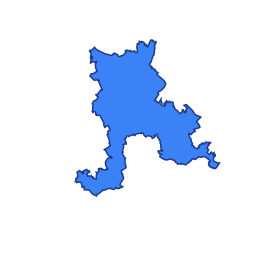 outline of Ashbourne Lea-6, Meath, Ireland, rotated 53°
{"feature_id": "5873133B77849268115801", "entity_name": "Ashbourne Lea-6", "entity_type": "district", "adm_level": 2, "iso_a3": "IRL", "parent_name": "Ireland", "parent_adm1": "Meath", "projection": "albers", "projection_center": [-6.417, 53.558], "detail": "fine", "context": "isolated", "style": "filled", "palette": "blue", "viewbox_px": 256, "rotation_deg": 53, "n_neighbors": 0, "source": "geoboundaries", "source_scale": "gbopen_adm2", "svg_char_len": 5827}
<svg xmlns="http://www.w3.org/2000/svg" viewBox="0 0 256 256"><g transform="rotate(53 128 128)"><path d="M139.1,202.3L139.8,201.4L140.9,201.7L141.0,201.0L142.8,198.4L144.6,198.7L147.7,200.3L148.1,198.5L151.1,200.1L152.2,198.5L154.5,196.3L158.9,196.2L163.3,194.2L162.7,193.5L162.9,192.8L162.4,192.0L162.8,191.3L162.8,188.8L162.5,187.2L162.9,185.6L162.6,185.5L163.3,183.6L163.8,183.5L164.2,181.2L165.8,177.8L166.8,177.8L168.6,176.3L168.6,175.0L168.1,173.8L169.1,173.6L171.0,171.5L170.9,170.2L171.6,169.0L171.8,167.6L169.0,168.7L168.0,168.1L165.6,161.8L161.3,160.0L160.9,160.0L160.9,160.5L158.1,159.1L158.5,153.9L158.1,153.1L152.7,150.6L151.7,149.4L150.6,148.9L150.5,148.2L147.0,148.4L143.8,147.2L144.2,146.5L142.7,145.8L140.2,142.5L138.3,142.0L138.9,140.1L138.6,139.8L139.8,139.2L139.0,138.5L134.9,137.1L134.9,135.6L134.4,135.4L133.8,133.5L134.3,132.8L135.2,132.5L136.0,128.0L136.4,128.1L136.3,127.5L137.5,127.7L138.2,126.8L137.7,126.1L138.1,123.6L139.7,121.6L139.9,120.4L140.4,120.4L140.3,120.2L140.7,119.5L141.4,119.0L144.0,119.6L145.8,119.0L146.1,118.7L145.8,118.0L146.1,116.8L148.6,114.6L151.0,114.8L150.9,113.7L151.4,112.5L150.8,111.8L150.9,111.2L150.1,111.4L150.3,111.0L150.0,110.7L150.4,108.5L153.5,110.1L154.5,109.8L156.5,110.3L157.6,109.8L159.0,111.3L160.5,111.6L164.8,114.3L166.9,113.9L166.7,114.9L165.7,115.3L165.2,117.0L164.7,117.2L164.7,118.1L165.0,118.3L166.9,118.4L169.1,117.3L168.8,118.1L169.1,118.9L170.2,119.9L174.8,118.1L176.8,116.4L178.4,112.6L181.4,110.9L181.9,110.2L183.8,110.7L185.1,110.0L186.4,110.2L187.2,109.5L187.5,108.4L188.8,107.5L188.4,107.3L188.5,106.7L192.2,104.0L191.9,100.8L192.4,99.9L191.9,99.2L191.8,98.5L192.1,98.1L191.9,97.8L192.1,97.6L191.3,95.7L191.7,95.1L191.4,94.7L191.9,93.9L193.2,93.7L193.7,92.7L193.5,92.0L193.7,89.7L193.4,88.8L195.7,87.1L195.7,85.7L197.0,84.1L200.5,82.5L200.6,82.8L202.9,82.2L204.0,82.5L203.8,83.3L204.3,83.5L204.0,84.1L204.5,84.2L204.9,85.1L206.5,85.9L208.6,85.8L208.8,85.6L208.4,85.3L210.8,84.7L211.2,83.9L211.8,83.8L211.6,83.3L213.0,82.6L212.8,81.0L211.0,76.0L209.0,77.9L206.4,79.4L205.1,79.2L202.5,76.8L202.4,75.8L203.0,75.7L202.3,74.5L201.5,74.4L201.9,76.5L199.4,74.2L199.3,75.7L199.6,76.2L197.3,76.0L198.0,79.2L195.2,79.6L194.1,76.8L191.7,77.1L191.7,76.4L191.0,76.4L190.5,75.3L190.3,73.6L189.4,73.6L189.7,72.1L189.5,70.9L189.0,71.0L189.3,72.2L188.0,72.2L186.9,73.9L186.0,74.3L186.8,76.4L185.0,77.1L185.5,78.1L184.5,78.7L185.3,79.7L184.5,81.1L185.3,82.7L186.0,82.4L186.2,82.8L185.6,83.2L186.6,85.2L183.6,86.6L181.6,86.4L180.4,87.4L179.2,85.9L176.5,85.5L174.9,84.3L172.3,84.3L169.0,82.9L169.3,82.4L171.2,81.7L170.7,78.7L171.0,76.2L168.8,76.3L169.2,75.5L169.3,73.7L170.0,73.2L170.2,71.4L170.6,71.1L170.6,70.0L168.8,69.4L164.0,69.3L163.1,63.3L157.2,66.7L156.7,66.2L153.0,66.0L144.5,67.2L143.6,69.6L147.6,68.8L148.5,71.2L149.2,71.1L150.1,72.5L149.9,72.7L150.0,73.4L149.2,73.8L148.8,72.8L147.3,73.6L146.6,73.0L146.1,73.5L147.3,74.3L147.9,76.2L147.8,77.9L143.4,78.2L141.6,79.1L139.1,78.3L138.4,79.2L137.5,78.7L137.3,78.4L137.6,78.2L137.0,77.8L134.5,76.6L132.4,78.7L131.6,78.9L131.9,80.8L129.4,80.8L130.1,82.3L131.3,83.2L130.1,83.2L130.4,84.7L131.5,84.8L131.7,85.4L132.5,85.7L129.4,87.5L128.3,85.6L126.8,85.7L124.8,84.3L126.7,88.7L124.8,88.9L122.3,90.2L122.0,89.9L122.6,89.6L122.3,89.1L121.7,89.3L119.6,83.2L117.6,82.9L117.9,78.4L117.7,76.4L117.2,75.4L117.3,74.6L115.4,71.1L111.7,70.7L102.7,72.8L102.2,72.0L102.1,70.8L98.3,71.9L98.0,71.2L94.5,72.4L94.8,73.1L94.1,73.3L93.7,72.2L90.4,72.8L89.0,69.6L85.3,64.5L85.2,63.2L79.8,58.0L78.1,57.4L78.0,56.8L76.9,55.0L77.1,54.9L75.8,53.7L75.5,54.0L76.1,55.1L73.9,55.8L73.5,55.2L72.6,55.6L72.1,55.9L72.2,56.2L71.5,57.1L75.1,63.5L73.7,64.2L72.7,63.1L71.7,64.6L71.2,63.9L70.8,64.3L70.0,63.8L68.7,64.0L67.1,65.0L67.6,65.9L65.6,66.8L67.4,68.7L66.2,69.7L69.0,72.5L71.7,73.8L73.2,75.3L71.6,77.0L70.5,76.3L68.8,79.7L67.7,79.3L67.6,80.6L65.9,81.3L64.8,82.9L64.8,83.7L65.8,83.8L66.8,86.1L66.9,88.1L66.1,90.5L66.2,91.3L65.4,92.3L62.6,92.4L60.0,93.9L60.1,94.2L59.8,94.7L60.3,97.1L58.7,98.9L56.6,100.1L55.3,101.5L46.6,105.9L43.3,106.2L44.2,110.8L43.0,111.6L43.4,112.4L46.2,112.5L49.4,115.7L49.9,115.2L48.7,114.3L49.3,113.6L50.5,114.1L51.2,115.1L50.3,115.5L53.5,118.9L53.7,118.6L53.5,117.5L53.7,116.8L55.6,114.5L56.0,113.4L56.9,114.1L56.7,115.1L57.4,115.6L60.6,117.7L64.0,118.6L63.7,123.0L62.5,124.9L63.6,127.1L69.4,126.3L70.0,125.9L70.0,124.4L71.7,123.7L72.0,122.9L71.8,122.5L72.2,122.4L72.8,122.5L73.0,123.4L82.2,125.6L82.3,126.2L81.2,126.7L82.4,131.0L82.8,131.2L82.1,133.4L83.1,133.4L83.1,133.7L85.3,133.1L86.3,136.0L86.2,138.4L85.8,139.2L87.1,141.9L89.1,142.3L89.6,143.2L92.6,145.5L93.0,146.5L94.5,146.7L94.1,145.4L95.3,144.6L96.9,144.8L97.6,145.6L98.4,145.0L99.0,145.5L100.7,143.1L101.3,142.9L109.7,144.3L110.8,145.5L113.5,146.2L113.6,144.3L114.3,142.2L116.7,143.1L117.8,142.8L118.8,143.1L118.3,145.3L119.2,146.0L119.0,146.6L119.4,147.0L120.8,147.3L120.9,148.8L124.5,149.5L127.9,151.0L128.7,152.1L131.6,152.8L131.2,154.6L131.6,155.5L130.9,159.9L133.4,159.4L135.1,160.0L138.5,160.1L139.7,159.8L140.0,159.0L140.4,158.6L142.2,158.7L142.0,159.3L141.0,160.0L140.0,159.2L139.8,159.5L140.6,160.4L140.1,162.4L141.1,165.7L142.3,167.1L144.1,168.1L148.6,169.1L148.5,170.2L147.8,169.9L147.5,171.9L146.4,172.9L145.5,173.0L145.3,173.7L143.7,173.2L145.0,173.8L144.7,174.4L143.9,174.1L143.4,174.8L143.4,175.8L142.9,175.8L143.0,176.5L144.7,176.9L145.1,177.5L144.9,179.4L144.2,180.1L146.2,180.5L146.5,181.6L149.7,184.1L148.5,185.6L147.1,185.3L146.9,186.0L145.8,185.5L145.6,186.4L143.9,186.0L144.1,186.6L142.5,188.4L142.2,189.1L139.5,188.3L140.2,185.9L140.1,185.0L138.5,184.8L137.6,186.3L136.4,185.8L136.1,186.1L135.4,189.7L137.4,190.6L137.0,191.9L136.1,191.3L135.1,191.3L134.6,192.3L133.0,192.2L132.5,195.2L136.5,197.1L136.5,197.9L137.5,199.5L137.0,199.7L137.2,200.2L138.9,201.5L139.1,202.3Z" fill="#3b82f6" stroke="#1e3a8a" stroke-width="1.5"/></g></svg>